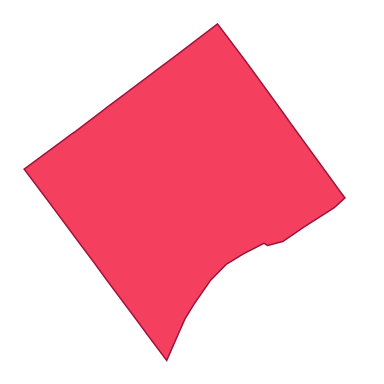 Lake, Illinois, United States of America (Equal Earth projection), rotated 53°
{"feature_id": "52423323B38563431849578", "entity_name": "Lake", "entity_type": "district", "adm_level": 2, "iso_a3": "USA", "parent_name": "United States of America", "parent_adm1": "Illinois", "projection": "equal_earth", "projection_center": [-87.971, 42.324], "detail": "fine", "context": "isolated", "style": "filled", "palette": "rose", "viewbox_px": 384, "rotation_deg": 53, "n_neighbors": 0, "source": "geoboundaries", "source_scale": "gbopen_adm2", "svg_char_len": 711}
<svg xmlns="http://www.w3.org/2000/svg" viewBox="0 0 384 384"><g transform="rotate(53 192 192)"><path d="M72.7,312.3L99.1,312.3L108.4,312.3L115.0,312.3L168.0,312.7L178.4,312.7L189.0,312.7L210.1,313.1L215.3,313.1L216.4,313.1L242.0,313.2L263.2,313.3L277.8,313.5L311.3,313.6L289.2,274.2L282.6,257.4L273.7,230.4L270.4,208.0L272.0,191.5L272.4,187.6L276.3,165.3L280.2,163.9L286.2,149.2L287.1,128.6L287.2,125.8L287.3,123.8L288.6,107.6L290.1,87.7L288.8,73.4L280.5,73.4L265.5,73.1L236.1,72.6L234.9,72.6L196.4,71.9L186.2,71.6L154.0,71.0L129.9,70.6L118.5,70.4L73.1,70.5L73.4,127.4L73.3,140.7L73.3,188.7L73.2,208.4L73.3,212.3L73.5,250.4L73.3,250.5L72.7,312.3Z" fill="#f43f5e" stroke="#9f1239" stroke-width="1.5"/></g></svg>